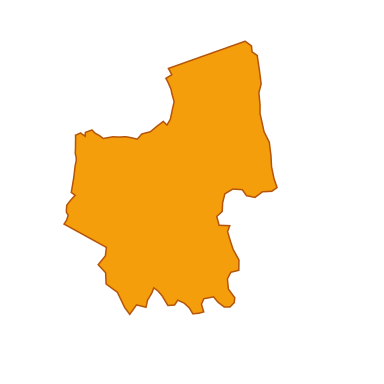 Morfou, Cyprus (orthographic projection), rotated 59°
{"feature_id": "46923920B39754802683787", "entity_name": "Morfou", "entity_type": "district", "adm_level": 2, "iso_a3": "CYP", "parent_name": "Cyprus", "parent_adm1": "", "projection": "orthographic", "projection_center": [32.978, 35.222], "detail": "fine", "context": "isolated", "style": "filled", "palette": "amber", "viewbox_px": 384, "rotation_deg": 59, "n_neighbors": 0, "source": "geoboundaries", "source_scale": "gbopen_adm2", "svg_char_len": 1517}
<svg xmlns="http://www.w3.org/2000/svg" viewBox="0 0 384 384"><g transform="rotate(59 192 192)"><path d="M267.1,290.8L261.8,285.8L257.9,278.5L254.5,274.1L259.4,272.1L265.7,271.1L276.9,271.1L279.9,265.2L277.4,259.9L283.3,255.9L290.1,254.0L296.9,254.0L299.4,248.6L300.8,243.7L293.0,241.7L289.6,236.8L293.0,227.5L299.8,226.5L307.2,223.6L310.1,218.7L308.6,212.8L304.7,209.8L294.0,210.8L284.7,206.4L280.8,200.1L283.2,192.2L274.5,186.8L262.3,186.3L254.0,184.4L244.2,181.9L240.3,177.0L234.5,185.9L225.7,183.4L224.2,176.1L216.9,171.2L210.5,164.8L210.5,155.5L215.9,147.7L223.2,147.2L229.1,140.8L228.1,131.5L232.5,123.2L232.0,116.8L222.7,114.8L211.5,110.9L201.3,105.5L189.1,100.1L177.4,99.2L168.6,96.2L159.8,93.3L152.5,88.9L141.3,83.5L135.0,77.1L122.8,71.7L108.6,65.8L102.8,68.3L97.4,65.8L90.1,68.8L73.9,148.6L81.1,148.9L81.1,155.8L85.8,156.1L93.3,157.1L97.3,158.6L105.4,160.8L112.0,167.1L118.5,173.1L121.7,179.0L116.7,180.3L117.6,188.4L118.9,196.6L116.4,205.1L118.5,211.7L113.9,216.4L110.4,220.4L107.6,225.8L103.9,231.4L100.4,240.5L96.4,242.1L91.4,244.9L87.3,245.8L86.0,252.7L89.2,254.9L84.0,257.1L83.4,262.3L83.3,262.6L86.4,264.3L88.7,265.8L90.8,267.1L94.6,269.4L94.7,269.5L98.8,272.2L102.6,273.4L105.4,275.0L109.5,278.8L118.6,285.8L130.2,295.7L134.6,293.9L136.6,300.5L138.8,306.1L142.6,308.9L144.8,310.1L148.2,310.1L151.6,314.1L153.6,318.2L195.4,293.9L202.2,299.2L206.0,309.9L216.7,307.6L226.6,313.0L239.6,307.6L256.4,309.2L264.8,308.4L260.2,297.7L267.1,290.8Z" fill="#f59e0b" stroke="#b45309" stroke-width="1.5"/></g></svg>